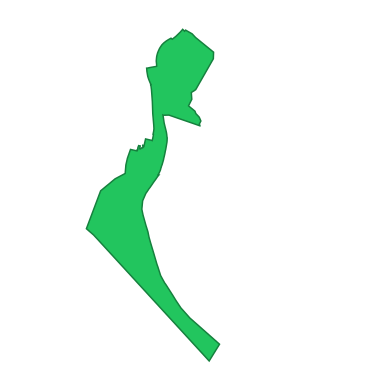 Ismailiyya 1, Al Isma`iliyah, Egypt, rotated 122°
{"feature_id": "37247803B86792300989473", "entity_name": "Ismailiyya 1", "entity_type": "district", "adm_level": 2, "iso_a3": "EGY", "parent_name": "Egypt", "parent_adm1": "Al Isma`iliyah", "projection": "natural_earth1", "projection_center": [32.267, 30.608], "detail": "fine", "context": "isolated", "style": "filled", "palette": "green", "viewbox_px": 384, "rotation_deg": 122, "n_neighbors": 0, "source": "geoboundaries", "source_scale": "gbopen_adm2", "svg_char_len": 2460}
<svg xmlns="http://www.w3.org/2000/svg" viewBox="0 0 384 384"><g transform="rotate(122 192 192)"><path d="M279.1,262.1L280.6,252.6L293.8,204.9L326.2,87.9L306.5,88.0L300.0,127.0L296.2,140.0L292.4,148.4L291.4,150.4L289.9,153.4L284.3,165.2L283.6,167.0L280.8,172.0L279.5,174.3L273.4,181.5L271.9,183.4L264.5,191.7L257.2,200.0L253.3,204.3L252.7,204.9L249.2,208.2L246.6,211.2L245.0,213.1L237.4,221.4L233.2,225.4L230.6,226.7L225.6,229.2L217.6,230.4L215.9,230.3L212.0,230.2L210.3,230.0L203.2,229.7L200.8,229.5L198.0,229.4L195.5,229.2L195.1,229.1L195.4,229.9L194.1,229.9L190.7,230.3L189.8,230.5L188.7,230.9L187.0,231.3L186.1,231.6L184.8,231.8L179.9,233.2L178.1,233.9L176.8,234.3L173.7,235.4L171.7,236.2L169.7,236.9L165.3,238.7L165.1,238.8L162.9,239.7L161.2,240.6L159.8,241.4L159.6,241.5L159.4,241.6L158.7,242.2L158.3,242.6L158.2,242.7L158.1,242.8L157.4,243.3L156.5,244.0L155.0,245.3L152.8,247.5L150.2,250.2L148.0,252.4L144.2,255.6L142.2,257.3L142.2,257.2L139.0,252.3L136.9,243.1L134.8,234.0L133.2,227.1L131.7,220.4L131.5,220.5L131.3,220.6L130.5,221.8L127.1,222.1L125.2,224.8L124.6,225.8L123.8,228.9L123.4,230.4L121.9,232.3L120.8,240.6L113.5,241.3L108.0,245.3L103.3,243.1L67.7,244.5L62.0,247.8L59.1,270.8L57.8,275.7L58.1,283.2L59.6,283.5L59.0,286.1L62.7,286.7L68.4,288.1L72.9,289.7L72.7,291.3L75.4,292.8L77.7,293.9L80.5,294.9L83.1,295.5L85.6,295.6L87.4,295.6L90.5,295.2L92.1,294.9L92.3,294.9L92.5,294.8L93.9,294.4L95.7,293.8L97.6,292.9L99.9,291.7L103.4,289.0L103.5,289.0L104.2,288.6L108.7,293.6L110.5,295.4L111.0,296.1L113.8,294.0L117.4,290.8L118.5,289.5L119.4,288.4L121.5,285.5L121.6,285.4L122.6,283.7L122.8,283.9L123.1,283.9L124.0,282.8L126.7,280.6L131.6,277.0L136.4,273.5L141.3,270.2L146.2,266.9L151.0,263.3L155.8,259.7L158.5,257.8L160.6,256.8L163.8,255.6L163.8,255.4L163.7,255.2L165.0,254.6L167.1,253.8L169.5,253.0L169.7,253.9L171.6,259.5L175.3,258.2L178.1,257.2L178.4,258.5L178.7,258.4L178.9,258.3L178.7,257.6L178.6,257.1L178.8,257.0L179.0,256.9L180.2,257.1L180.2,257.5L180.3,257.5L180.5,257.2L180.8,257.3L180.8,257.7L180.7,257.7L180.6,257.9L180.6,258.0L180.6,258.3L180.7,257.9L181.1,258.0L181.6,258.1L181.6,258.3L181.6,258.5L181.7,258.3L181.8,258.2L182.5,258.5L182.9,258.7L183.1,259.3L182.9,259.3L182.7,259.4L180.4,260.3L180.5,260.5L180.9,261.8L182.7,261.5L184.5,260.8L185.3,260.5L185.4,260.8L186.1,260.4L186.3,260.4L188.5,266.7L197.5,264.7L204.1,262.4L211.7,258.5L221.6,264.2L239.4,270.1L279.1,262.1Z" fill="#22c55e" stroke="#15803d" stroke-width="1.5"/></g></svg>